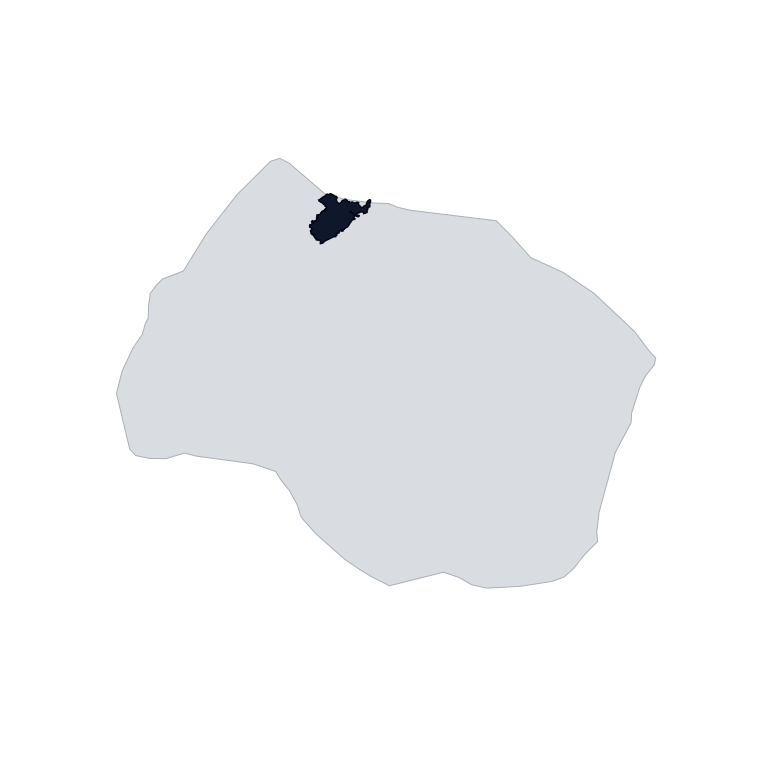 location of Lilala, Maseru, Lesotho, rotated 66°
{"feature_id": "5366337B93833812873267", "entity_name": "Lilala", "entity_type": "district", "adm_level": 2, "iso_a3": "LSO", "parent_name": "Lesotho", "parent_adm1": "Maseru", "projection": "robinson", "projection_center": [27.404, -29.498], "detail": "fine", "context": "in_parent", "style": "filled", "palette": "ink", "viewbox_px": 768, "rotation_deg": 66, "n_neighbors": 0, "source": "geoboundaries", "source_scale": "gbopen_adm2", "svg_char_len": 6892}
<svg xmlns="http://www.w3.org/2000/svg" viewBox="0 0 768 768"><g transform="rotate(66 384 384)"><path d="M493.4,507.1L474.2,513.2L471.5,513.8L459.2,512.4L442.8,513.8L429.9,517.2L419.9,518.5L403.5,536.3L373.8,584.4L365.9,594.5L363.6,613.4L356.7,628.3L348.3,640.0L340.1,642.8L315.3,638.2L283.7,632.2L265.4,617.7L249.0,598.6L240.4,584.7L231.3,577.1L228.3,572.9L215.4,566.5L210.5,563.2L206.2,560.8L201.0,551.6L198.0,543.6L199.2,521.3L190.1,508.0L174.6,485.3L164.7,466.7L151.2,441.3L143.0,419.6L134.4,397.1L135.5,387.4L143.7,380.8L167.6,369.5L186.2,360.7L199.5,344.6L214.0,320.7L221.1,306.3L228.1,299.7L235.8,289.6L249.3,267.1L264.3,242.1L280.4,215.2L300.6,207.4L328.3,198.5L354.9,175.0L386.7,155.2L437.9,133.8L461.7,128.3L470.8,125.2L476.5,129.3L482.6,141.5L491.2,151.8L511.4,169.7L519.9,174.0L540.6,200.5L562.9,218.6L588.4,239.5L605.8,249.9L614.7,252.8L622.0,271.4L629.4,285.1L633.6,298.0L632.7,310.6L624.4,341.3L612.5,372.7L603.0,385.7L591.4,394.0L580.1,406.3L575.7,431.5L570.5,461.1L555.7,473.3L544.2,481.3L528.4,491.1L493.4,507.1Z" fill="#d9dde1" stroke="#a8b0b8" stroke-width="1"/><path d="M216.9,389.3L217.1,388.9L217.1,388.5L217.3,388.4L218.1,388.7L218.3,388.9L218.7,388.7L218.8,388.3L219.0,387.9L219.0,387.7L219.5,387.6L219.6,387.4L219.7,387.7L219.9,387.8L220.1,387.7L220.6,387.4L220.7,387.6L220.8,387.7L221.0,387.9L221.3,387.7L221.8,387.8L222.0,387.6L222.4,387.6L222.7,387.5L222.9,387.4L223.0,387.2L223.6,387.2L224.0,386.8L224.4,387.2L224.7,387.3L224.8,387.1L224.8,386.6L225.0,386.4L225.1,386.1L225.5,386.1L225.9,385.8L225.7,385.5L225.8,385.0L226.0,384.8L226.0,384.6L226.4,384.5L226.5,384.3L226.6,383.9L226.7,383.7L227.1,383.8L227.6,383.6L227.9,383.7L227.9,383.9L228.0,384.1L228.3,384.2L228.6,384.0L228.7,384.4L229.0,384.4L229.1,384.6L229.4,384.6L229.6,385.0L229.9,385.0L230.2,383.6L230.4,383.0L229.3,379.5L229.2,376.6L229.0,370.3L229.1,369.5L229.4,368.8L229.7,368.3L229.5,368.2L229.0,367.5L228.9,366.6L228.2,366.7L227.8,366.7L227.6,366.5L227.4,366.0L227.6,365.6L227.5,364.6L227.5,364.2L227.4,363.9L227.6,363.8L227.6,363.6L227.2,363.6L227.0,363.4L226.9,363.3L227.1,363.1L226.7,362.8L226.3,362.8L226.0,362.0L226.1,361.3L226.5,361.1L226.7,360.9L227.0,360.7L227.3,360.2L227.5,359.6L227.5,359.1L227.2,359.0L226.6,359.1L226.1,359.5L225.8,359.2L226.0,359.0L226.1,358.7L226.4,358.0L226.4,357.5L226.5,357.3L226.3,357.1L225.9,357.0L225.9,355.9L225.7,355.7L225.7,355.1L225.6,354.8L225.7,353.7L225.6,353.3L225.1,352.6L224.9,352.0L224.6,351.6L224.2,350.9L223.5,350.3L223.0,349.5L223.0,349.0L222.8,348.6L222.1,348.3L221.8,347.8L221.8,347.5L221.6,346.9L221.3,346.4L221.3,346.0L221.1,345.7L221.1,345.4L221.4,345.0L221.5,344.8L221.5,343.5L221.3,343.4L221.2,343.7L221.1,344.2L221.0,344.4L221.0,344.7L220.3,343.7L220.2,343.7L220.0,343.8L219.9,344.2L219.7,344.2L219.5,343.7L219.2,343.4L218.8,343.1L218.6,342.9L218.4,342.8L217.9,342.8L217.7,343.1L217.3,343.0L217.2,342.8L216.8,342.8L216.7,342.9L216.4,342.9L216.3,343.1L215.8,343.2L215.6,343.4L215.2,343.4L214.7,343.8L214.0,344.5L213.5,344.5L213.1,344.6L213.0,344.9L212.9,344.7L212.8,344.0L213.1,344.0L213.5,343.7L213.9,343.8L214.1,343.6L214.3,343.6L214.8,343.5L215.0,343.2L215.3,343.2L215.3,342.9L215.6,343.1L215.7,342.9L215.9,342.9L216.3,342.7L216.6,342.7L217.3,342.1L217.5,341.9L218.4,341.9L218.6,341.8L219.2,341.2L219.7,340.9L219.8,340.7L220.3,340.1L220.5,339.6L220.8,339.0L220.7,338.8L220.4,339.0L220.2,338.8L220.1,338.4L220.0,338.2L219.7,338.4L219.7,338.9L219.6,339.1L219.5,339.7L219.4,339.8L219.2,339.8L218.8,340.0L218.5,340.0L218.1,339.8L217.7,339.4L217.5,339.0L217.1,339.0L217.0,338.6L217.2,338.1L217.3,337.7L217.5,337.5L217.4,336.3L217.2,336.2L217.3,336.0L217.2,335.8L217.8,334.1L218.0,333.9L218.0,333.7L218.3,333.6L218.6,333.2L219.3,333.0L220.1,333.2L220.3,331.8L220.2,331.3L220.3,331.0L220.3,330.4L220.2,330.0L220.3,329.8L220.0,329.6L219.9,329.3L219.4,329.4L219.0,329.0L218.8,328.9L218.5,329.1L217.9,328.8L217.9,328.7L218.1,328.3L218.1,328.2L217.7,327.8L217.4,327.4L217.2,327.4L216.8,327.7L216.7,327.7L216.4,327.6L216.1,327.1L216.1,326.9L216.2,326.5L216.1,325.9L216.4,325.1L215.5,324.5L215.2,324.2L214.8,324.3L214.0,324.0L213.4,323.6L212.5,322.6L212.0,322.2L211.0,321.7L210.6,321.6L210.2,321.7L209.9,322.0L209.8,322.6L209.9,323.6L210.1,324.2L210.9,325.5L211.9,326.4L212.8,327.0L213.0,327.2L213.3,327.6L213.3,327.9L213.4,329.2L213.3,330.0L213.8,331.0L213.9,331.6L213.9,331.8L213.6,332.5L213.1,333.2L212.7,333.4L211.2,333.6L210.5,334.0L210.1,334.2L209.3,334.3L208.9,334.1L208.2,333.5L208.0,333.4L207.8,333.5L207.1,334.5L206.9,334.8L206.9,335.1L207.1,336.0L207.0,336.5L206.4,337.6L204.9,338.9L204.7,339.3L204.7,339.6L204.6,340.7L204.4,341.0L204.2,341.2L203.7,341.3L203.3,341.6L202.9,342.5L202.4,343.0L202.1,343.1L201.7,343.0L200.6,343.3L200.0,343.6L199.4,344.0L199.3,344.3L199.4,345.1L199.7,346.0L199.4,347.5L199.5,347.7L199.9,348.1L200.2,348.7L200.7,349.5L200.9,350.5L200.9,351.3L200.7,351.8L200.4,352.2L200.2,352.4L199.5,352.4L198.5,352.8L197.7,352.9L196.5,352.6L195.9,352.3L195.6,352.2L195.2,351.5L194.5,351.0L193.5,351.1L193.4,351.2L192.6,352.1L190.8,353.4L190.0,354.1L189.0,354.8L188.6,355.2L188.3,355.9L188.5,357.2L188.4,357.4L188.1,358.1L187.4,358.7L187.4,359.1L187.6,360.1L187.7,360.4L188.2,361.2L188.3,361.8L188.2,362.4L188.3,362.8L188.4,363.0L188.7,363.3L188.7,363.8L188.7,364.2L188.5,364.4L188.4,364.4L188.4,364.5L188.6,364.8L189.0,365.1L188.9,366.2L189.3,367.3L189.3,367.6L189.4,368.0L189.3,368.5L189.6,368.4L189.9,368.6L190.1,369.0L190.4,368.9L190.6,368.7L192.1,367.8L192.3,367.7L192.8,367.2L194.2,366.3L194.7,366.1L195.0,366.2L195.3,366.2L195.4,365.5L195.5,365.4L196.2,365.2L196.5,365.0L196.6,364.6L196.8,364.6L197.0,364.8L197.1,365.3L197.3,365.5L197.6,365.4L197.7,364.8L198.3,364.6L198.7,364.7L199.1,364.8L199.7,365.4L200.0,365.4L200.3,366.7L200.4,367.1L200.6,367.2L201.0,366.8L201.6,366.8L201.7,366.7L202.0,367.2L202.2,367.8L201.5,368.0L201.0,368.3L200.9,368.6L200.9,368.9L201.1,369.2L201.4,369.4L201.4,369.6L201.7,370.0L201.1,370.4L201.2,370.8L201.5,371.1L201.9,371.4L202.0,372.2L202.5,372.4L202.6,372.9L203.1,373.6L203.0,374.3L203.1,374.7L202.7,375.1L202.8,375.3L202.7,375.4L202.5,375.8L202.3,376.1L202.3,376.5L202.5,376.6L203.1,376.9L203.6,377.1L204.7,378.0L204.9,377.9L204.9,377.3L205.2,376.8L205.0,376.7L204.9,376.5L205.0,376.3L205.6,376.6L205.9,376.6L206.0,376.8L205.7,378.0L205.8,378.4L206.0,378.5L206.7,378.6L207.0,378.7L207.1,379.0L206.9,379.8L206.7,380.4L206.9,381.5L207.2,382.0L206.0,382.6L205.9,382.9L205.7,383.1L206.1,384.0L206.4,384.2L206.9,384.1L207.2,384.0L207.9,383.4L208.0,383.4L208.2,383.8L208.3,384.8L208.8,385.7L208.8,385.9L208.6,386.2L208.5,386.6L208.5,387.2L208.6,387.3L209.2,386.9L209.3,387.0L209.5,387.7L209.7,387.8L210.3,387.6L210.7,387.9L210.9,387.4L211.5,387.1L212.2,387.0L212.5,386.6L212.8,386.4L213.1,386.8L213.6,387.2L213.6,387.6L214.1,388.8L214.4,388.9L214.8,389.0L214.9,388.8L215.1,388.6L215.7,388.8L216.2,389.2L216.7,389.1L216.9,389.3Z" fill="#0f172a" stroke="#020617" stroke-width="1.5"/></g></svg>